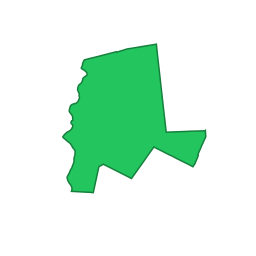 Hidalgo, Coahuila, Mexico (Albers equal-area conic projection), rotated 216°
{"feature_id": "50627088B72428644166662", "entity_name": "Hidalgo", "entity_type": "district", "adm_level": 2, "iso_a3": "MEX", "parent_name": "Mexico", "parent_adm1": "Coahuila", "projection": "albers", "projection_center": [-99.978, 27.853], "detail": "fine", "context": "isolated", "style": "filled", "palette": "green", "viewbox_px": 256, "rotation_deg": 216, "n_neighbors": 0, "source": "geoboundaries", "source_scale": "gbopen_adm2", "svg_char_len": 3570}
<svg xmlns="http://www.w3.org/2000/svg" viewBox="0 0 256 256"><g transform="rotate(216 128 128)"><path d="M63.8,171.3L63.8,171.2L72.6,164.4L73.3,163.9L74.1,163.3L76.5,161.4L76.7,161.2L84.4,155.1L94.6,147.1L94.8,147.2L96.2,148.8L96.4,149.0L106.4,159.9L108.7,162.4L118.1,172.7L118.2,172.8L119.1,173.8L123.3,178.4L126.8,182.2L129.5,185.2L140.2,196.9L143.5,200.5L148.8,206.3L154.3,212.5L175.1,191.5L175.2,191.4L177.8,187.9L181.8,182.6L182.2,182.9L184.2,180.5L189.1,174.6L191.8,171.3L196.3,165.9L198.2,163.6L199.2,162.5L203.3,157.5L203.3,157.4L203.3,156.8L203.2,156.1L202.9,154.5L202.6,153.5L202.0,152.4L201.5,151.2L201.4,150.9L201.3,149.9L201.3,149.6L201.1,149.2L200.9,149.0L200.7,148.8L200.4,148.8L199.6,148.7L198.9,148.8L198.3,149.0L197.9,149.1L197.7,149.1L197.4,148.9L197.1,148.9L196.5,148.9L196.4,148.9L196.0,148.9L195.7,148.9L195.1,148.8L194.4,148.6L194.2,148.6L193.8,148.4L193.6,148.3L193.5,148.2L193.4,148.2L193.1,147.9L192.8,147.6L192.6,147.3L192.6,147.2L192.4,146.9L192.4,146.3L192.5,145.9L192.8,144.9L193.2,144.0L193.4,143.2L193.6,142.2L193.6,141.7L193.5,141.2L193.1,140.6L192.9,139.9L192.4,138.5L192.3,137.7L192.3,136.9L192.4,136.2L192.6,135.4L192.8,135.0L192.9,134.6L193.0,134.0L193.0,133.4L192.9,133.2L192.8,132.8L192.6,132.1L192.3,131.2L191.8,130.2L191.2,129.3L191.2,129.2L190.8,129.0L190.0,128.5L189.0,127.8L188.7,127.6L188.3,127.4L187.6,127.0L187.2,126.6L187.0,126.3L186.9,126.0L186.7,125.6L186.5,125.2L185.5,124.5L185.1,124.2L185.0,123.9L184.9,123.6L184.6,122.7L184.4,121.5L184.1,120.6L184.0,120.2L184.0,119.9L184.3,118.5L184.4,118.0L184.5,117.7L184.8,117.1L185.2,116.5L185.7,116.3L185.8,116.2L186.0,115.8L186.6,114.9L187.1,114.2L187.3,113.7L187.3,113.4L187.4,112.9L187.5,112.4L187.5,111.8L187.4,111.4L187.0,110.6L186.8,110.1L186.4,108.8L186.0,108.0L185.5,107.2L185.2,106.8L184.7,106.6L183.9,106.3L183.1,106.1L182.3,105.9L182.1,105.8L181.6,105.7L179.9,104.9L179.4,104.5L178.6,103.5L177.8,102.5L177.2,101.6L177.3,101.5L177.3,101.4L177.8,100.8L177.8,100.7L177.8,100.1L177.7,99.8L177.3,99.0L177.1,98.6L176.8,98.3L176.7,98.2L176.1,98.2L175.0,98.0L174.7,97.8L174.2,97.4L173.9,97.1L173.6,96.7L173.5,96.2L173.3,95.1L173.2,94.7L173.1,93.6L173.2,92.7L173.4,91.9L173.9,90.6L174.7,89.2L175.0,88.4L175.1,87.7L175.4,86.1L175.6,84.3L175.6,83.3L175.6,82.9L175.5,82.6L175.4,82.4L175.1,82.2L174.7,82.1L173.0,82.0L172.7,82.0L171.4,81.9L171.0,81.9L169.5,81.7L168.4,81.6L166.4,81.6L166.1,81.6L165.6,81.4L165.0,81.3L164.1,81.0L163.9,80.9L163.0,80.6L161.5,79.7L161.2,79.5L160.8,79.5L160.7,79.5L159.7,79.3L158.7,78.9L158.1,78.7L157.7,78.5L157.6,78.4L157.4,78.3L157.0,78.1L156.9,77.9L156.7,77.5L155.9,76.3L155.7,75.9L155.5,75.7L155.3,75.4L155.2,75.2L154.6,73.7L154.4,73.1L153.9,72.0L153.8,71.5L153.3,71.0L152.7,70.1L152.2,69.4L151.8,68.8L151.5,68.0L151.2,66.7L151.0,66.1L150.9,65.7L150.7,64.7L150.3,63.8L150.3,63.5L150.1,63.1L150.0,62.4L149.9,60.3L149.7,59.5L149.3,58.2L149.1,57.2L148.9,55.7L148.8,54.9L148.7,53.7L148.4,52.5L147.6,51.5L146.1,50.4L145.7,50.1L145.0,49.7L144.3,49.3L142.7,48.7L141.2,48.3L140.0,47.8L139.6,47.6L139.2,47.3L138.5,46.8L137.6,45.9L137.3,45.4L137.1,45.0L136.8,44.4L136.6,43.8L136.5,43.5L122.3,52.7L121.7,53.2L118.1,55.2L120.7,61.2L121.5,63.0L122.3,64.8L123.7,68.0L127.0,75.5L128.2,78.2L128.7,79.5L128.8,79.6L126.6,84.2L126.4,84.2L113.7,86.3L98.7,88.7L95.5,89.2L95.7,112.3L95.8,114.5L95.9,127.8L87.5,129.2L79.1,130.5L75.2,131.3L71.3,131.8L57.0,134.2L52.7,134.8L52.9,138.6L54.5,145.2L55.0,147.2L56.0,148.0L56.2,149.2L56.5,150.3L57.2,153.7L58.0,157.1L59.5,164.4L59.5,164.8L59.9,166.6L63.8,171.3Z" fill="#22c55e" stroke="#15803d" stroke-width="1.5"/></g></svg>